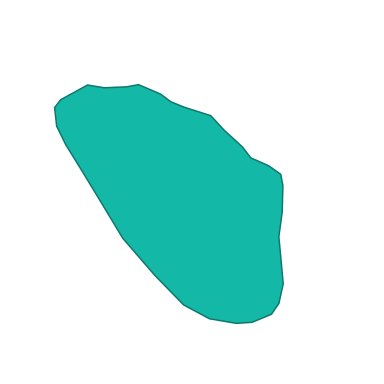 outline of Makur, Chuuk, Federated States of Micronesia, rotated 240°
{"feature_id": "79324940B63649844160089", "entity_name": "Makur", "entity_type": "district", "adm_level": 2, "iso_a3": "FSM", "parent_name": "Federated States of Micronesia", "parent_adm1": "Chuuk", "projection": "natural_earth1", "projection_center": [150.128, 8.983], "detail": "fine", "context": "isolated", "style": "filled", "palette": "teal", "viewbox_px": 384, "rotation_deg": 240, "n_neighbors": 0, "source": "geoboundaries", "source_scale": "gbopen_adm2", "svg_char_len": 558}
<svg xmlns="http://www.w3.org/2000/svg" viewBox="0 0 384 384"><g transform="rotate(240 192 192)"><path d="M56.1,164.7L49.1,178.9L46.4,199.7L52.1,211.6L66.9,225.1L87.7,234.7L109.9,244.9L129.4,260.0L152.2,274.0L163.0,277.7L176.2,271.6L192.2,260.0L205.9,258.2L228.9,250.9L248.7,246.4L269.4,227.6L280.7,218.8L292.4,213.8L311.7,199.4L315.8,187.9L326.1,168.2L336.9,155.0L337.6,124.5L333.8,115.2L316.7,107.7L295.9,106.3L270.9,107.1L237.9,107.9L186.4,108.9L138.4,118.1L98.3,128.3L73.4,143.8L56.1,164.7Z" fill="#14b8a6" stroke="#0f766e" stroke-width="1.5"/></g></svg>